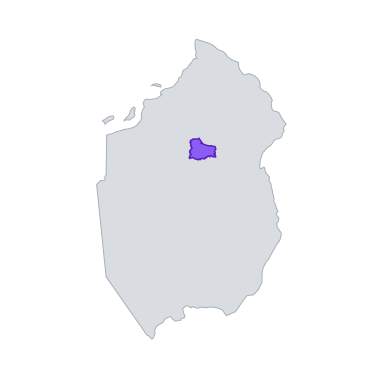 Kilolo, Iringa, United Republic of Tanzania (highlighted), rotated 235°
{"feature_id": "72390352B38467377597679", "entity_name": "Kilolo", "entity_type": "district", "adm_level": 2, "iso_a3": "TZA", "parent_name": "United Republic of Tanzania", "parent_adm1": "Iringa", "projection": "mercator", "projection_center": [36.065, -7.785], "detail": "fine", "context": "in_parent", "style": "filled", "palette": "violet", "viewbox_px": 384, "rotation_deg": 235, "n_neighbors": 0, "source": "geoboundaries", "source_scale": "gbopen_adm2", "svg_char_len": 7325}
<svg xmlns="http://www.w3.org/2000/svg" viewBox="0 0 384 384"><g transform="rotate(235 192 192)"><path d="M148.5,259.3L144.9,257.4L141.6,256.3L138.9,255.0L137.7,253.7L135.2,253.2L133.1,253.0L131.0,251.9L126.9,251.4L126.5,250.7L126.4,248.9L125.7,248.5L124.2,248.0L122.6,248.1L121.6,248.3L121.0,248.2L119.6,247.2L118.4,245.9L117.9,243.8L116.0,242.5L113.9,241.5L107.8,241.6L106.9,241.3L105.4,240.2L103.7,238.5L102.4,236.5L101.2,233.9L100.0,230.3L93.0,215.9L92.3,213.2L91.0,210.2L88.8,206.5L86.4,203.8L83.2,201.3L79.6,198.8L77.7,197.2L74.0,190.5L73.2,187.3L72.6,184.0L72.8,182.7L75.2,178.5L75.4,177.3L75.1,175.7L74.0,172.4L72.5,168.3L69.6,161.0L69.2,159.1L69.2,157.7L70.9,150.2L70.9,149.1L77.9,149.3L82.9,146.0L87.3,141.1L88.2,139.1L90.0,135.9L91.8,134.3L92.4,133.3L93.5,130.1L95.8,128.0L98.0,126.4L97.6,125.2L97.9,124.8L99.1,123.9L101.5,123.2L102.0,121.5L102.0,119.7L101.6,118.6L101.7,117.4L101.3,116.8L99.7,116.6L97.4,115.7L95.4,115.3L94.1,114.8L93.6,114.3L93.4,113.2L94.5,110.4L93.4,109.2L95.8,104.4L96.3,103.9L97.2,103.8L98.6,103.3L99.8,103.1L100.9,103.2L101.7,103.0L102.4,102.5L102.9,100.9L103.4,98.2L103.1,96.0L102.1,94.3L101.9,91.7L102.3,88.3L102.0,85.4L100.9,83.1L99.8,81.7L98.0,81.1L95.3,77.6L94.4,75.9L94.6,74.8L95.5,74.4L97.3,74.5L98.9,74.1L100.4,73.1L101.9,72.9L102.7,73.0L171.8,73.0L252.7,118.1L253.0,118.7L253.6,122.6L253.5,123.9L252.2,126.1L251.9,127.3L251.9,128.1L252.2,128.4L253.2,128.5L254.1,129.1L254.5,129.5L255.2,131.2L256.0,132.0L286.8,154.2L287.5,154.5L287.0,156.4L285.3,160.9L285.2,162.8L284.5,165.0L283.9,166.5L282.1,172.8L280.6,175.2L278.6,180.8L278.3,185.0L279.4,188.0L279.8,190.8L282.2,193.6L284.1,194.6L285.3,195.8L287.6,198.7L288.9,201.6L293.0,203.0L294.6,206.2L294.0,208.4L292.1,210.3L290.4,213.3L288.9,217.2L288.9,223.2L289.9,222.3L292.0,223.8L292.3,228.2L290.1,233.3L289.4,235.8L289.3,237.8L290.9,244.0L293.3,247.1L293.2,248.1L292.5,249.0L296.7,254.5L296.4,259.4L297.9,263.2L298.6,266.4L299.7,268.9L299.9,270.7L298.6,272.6L301.6,273.1L303.4,274.7L304.3,276.2L306.5,276.1L307.7,277.1L309.4,278.0L313.2,280.5L314.2,281.8L314.8,283.0L304.4,291.0L300.6,293.1L297.9,294.0L295.0,294.5L292.3,295.8L289.7,297.8L286.3,298.8L282.3,298.8L278.0,300.2L271.4,304.3L267.5,302.0L264.4,301.3L260.9,301.4L258.8,301.6L258.0,302.1L257.3,303.5L256.7,305.9L254.4,308.1L250.4,310.2L246.7,311.0L243.3,310.5L241.0,309.6L239.8,308.3L238.0,307.8L235.6,307.9L233.4,308.8L231.3,310.4L227.8,311.1L223.1,310.9L220.6,310.1L220.3,308.7L218.2,307.1L214.4,305.2L211.7,305.2L209.9,307.0L208.3,308.1L206.8,308.6L205.5,308.6L203.6,308.1L198.4,307.9L193.5,308.0L193.0,305.4L191.9,303.9L191.1,302.9L189.4,302.7L188.9,302.0L188.3,300.4L187.5,299.0L186.4,297.9L185.7,296.8L185.5,295.9L185.7,294.8L186.7,292.2L187.0,290.4L186.9,288.5L186.3,286.6L185.2,284.4L185.3,283.7L184.9,282.2L184.9,281.1L185.1,279.8L184.9,278.0L183.9,274.2L183.9,273.3L182.8,271.4L179.5,267.1L179.4,266.6L174.2,262.2L172.2,261.3L171.5,262.1L171.2,262.9L171.4,264.3L171.3,264.9L171.1,265.3L169.8,265.2L169.1,265.0L167.1,263.9L165.6,263.6L161.9,263.8L160.6,264.1L159.5,263.8L157.5,261.8L155.2,261.4L153.1,261.3L149.7,259.1L148.5,259.3ZM293.5,187.4L295.2,192.1L295.0,193.0L293.8,193.5L293.2,193.6L292.4,192.8L291.9,191.2L291.0,191.6L289.5,189.7L287.9,189.6L286.6,187.3L287.1,185.3L286.8,182.0L288.5,180.2L289.4,177.3L290.4,179.3L290.7,182.4L292.1,186.1L293.5,187.4ZM301.6,159.3L301.8,160.4L301.4,161.4L301.5,164.8L301.4,167.0L300.1,170.1L299.1,171.2L298.2,170.8L297.4,170.3L296.8,169.5L298.0,163.9L297.4,159.7L299.8,160.1L301.6,159.3ZM298.3,227.4L297.1,227.7L296.6,227.4L295.9,226.5L297.1,225.7L298.4,224.2L301.2,221.9L302.6,220.1L302.4,221.9L300.7,225.7L299.4,226.0L298.3,227.4Z" fill="#d9dde1" stroke="#a8b0b8" stroke-width="1"/><path d="M220.8,209.4L220.7,209.9L220.6,210.1L220.4,210.7L220.2,211.1L220.2,211.4L220.1,211.5L220.0,211.9L219.8,212.0L219.7,212.4L219.5,212.6L219.4,212.7L218.7,212.9L218.4,213.1L217.9,213.3L217.6,213.4L217.3,213.5L217.2,213.6L216.8,214.1L216.5,214.4L216.4,214.4L216.0,214.6L215.9,214.8L215.7,214.9L215.6,215.0L215.4,215.1L215.2,215.3L215.2,215.5L214.8,215.7L214.7,215.8L214.7,216.0L214.7,216.3L214.6,216.5L214.4,216.7L214.4,216.8L214.5,216.9L214.5,217.1L214.4,217.2L214.1,217.3L213.8,217.5L214.0,217.8L214.1,218.2L214.2,218.4L214.2,218.5L214.0,218.9L213.9,219.1L213.7,219.5L213.1,220.1L212.8,220.3L212.7,220.3L212.3,220.8L212.1,221.0L212.0,221.3L212.0,221.6L212.2,221.8L212.3,222.0L212.4,222.4L212.5,222.5L212.4,222.6L212.2,222.6L212.1,222.8L211.9,223.0L211.9,223.4L212.0,223.4L212.0,223.5L212.2,223.4L212.3,223.4L212.3,223.5L212.1,223.6L212.1,223.8L212.2,224.0L212.3,224.1L212.3,224.3L212.3,224.5L212.4,224.8L212.4,225.0L212.3,225.3L212.3,225.5L212.2,225.6L212.0,225.8L211.9,226.0L211.7,226.2L211.7,226.3L211.4,226.4L211.4,226.5L211.1,226.9L211.0,227.0L210.9,227.0L211.0,227.1L211.0,227.3L211.1,227.6L211.2,227.8L211.3,227.9L211.3,228.0L211.2,228.1L210.9,228.2L210.8,228.3L210.7,228.4L210.6,228.5L210.4,228.6L210.3,228.8L210.0,228.8L209.7,228.9L209.5,229.0L209.4,229.0L209.2,229.3L208.9,229.4L208.7,229.5L208.4,229.8L208.5,229.9L208.5,230.0L208.3,230.3L208.3,230.5L208.2,230.5L207.9,230.6L207.7,230.8L207.5,231.0L207.4,231.1L207.4,231.3L207.3,231.5L207.5,231.6L207.7,231.8L207.8,231.7L208.1,231.8L208.3,231.9L208.6,232.0L208.8,231.9L209.1,231.9L209.3,231.9L209.6,231.8L209.8,231.9L209.9,231.7L210.2,231.6L210.3,231.6L210.5,231.8L210.4,231.9L210.4,232.0L210.6,232.2L210.7,232.4L210.7,232.5L210.6,232.8L210.7,233.0L210.3,233.1L210.5,233.3L210.8,233.3L210.9,233.5L211.0,233.5L211.7,233.9L212.2,233.9L212.3,234.0L212.5,234.1L212.8,234.2L213.0,234.3L213.3,234.5L213.3,234.8L213.3,235.0L213.2,235.1L213.2,235.5L213.3,235.8L213.5,236.1L213.9,236.3L214.1,236.3L214.4,236.5L214.8,236.6L215.2,236.7L215.4,236.7L215.5,236.7L216.0,236.9L216.5,236.2L216.9,235.9L217.1,235.7L217.5,235.4L218.0,234.9L218.3,234.8L218.8,234.3L218.9,234.1L219.2,233.7L219.4,233.2L219.5,233.1L220.1,232.4L220.6,231.9L220.9,231.6L222.3,230.4L223.1,229.8L223.4,229.6L223.8,229.4L224.7,228.8L225.0,228.6L225.5,228.3L226.6,227.5L226.6,228.5L227.1,228.5L228.2,228.5L228.7,228.5L231.6,228.5L232.1,228.5L232.1,228.4L231.9,228.2L231.9,227.5L232.0,227.2L232.3,226.7L232.8,226.2L233.7,224.8L234.3,223.9L234.4,223.7L234.6,223.4L234.7,223.1L234.8,222.9L234.8,222.7L234.7,222.5L234.7,222.4L234.8,222.4L234.7,222.1L235.0,220.3L235.0,220.1L234.9,220.1L234.7,220.1L234.3,220.1L234.1,220.1L233.8,220.1L233.6,220.0L233.7,219.7L233.8,219.2L233.8,218.9L233.7,218.8L233.3,218.9L233.0,218.7L232.8,218.7L232.5,218.6L231.7,218.5L231.4,218.4L231.2,218.0L231.0,217.7L230.8,217.5L230.6,217.4L230.4,217.5L230.0,217.6L229.6,217.5L229.2,217.1L228.5,217.2L228.3,217.3L228.0,217.3L227.9,217.2L227.9,216.9L227.8,216.7L227.8,216.3L227.7,216.2L227.6,215.6L227.5,215.4L227.2,214.8L226.9,214.6L227.0,214.5L227.0,214.4L227.0,214.1L227.0,213.8L227.0,213.7L226.9,213.6L226.7,213.4L226.4,213.4L226.3,213.2L226.2,213.2L225.9,213.2L225.7,213.0L225.5,212.9L225.3,212.9L225.2,212.8L225.2,212.7L224.9,212.8L224.7,212.8L224.4,213.0L224.2,213.0L223.9,213.0L223.7,213.1L223.4,212.9L223.4,212.7L223.5,212.6L223.3,212.4L223.5,212.3L223.5,212.2L223.5,211.9L223.3,211.6L223.2,211.5L223.2,211.4L223.0,211.2L222.8,211.0L222.7,211.0L222.7,210.9L222.5,210.7L222.4,210.5L222.3,210.4L222.2,210.3L222.1,210.1L222.1,209.9L221.9,209.6L221.5,209.4L221.1,209.5L220.8,209.4Z" fill="#8b5cf6" stroke="#5b21b6" stroke-width="1.5"/></g></svg>